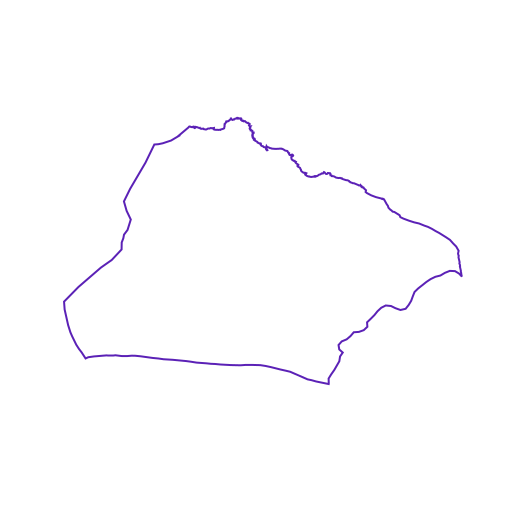 Brum Mayf'ah, Hadramawt, Yemen, rotated 257°
{"feature_id": "15242507B1280575170074", "entity_name": "Brum Mayf'ah", "entity_type": "district", "adm_level": 2, "iso_a3": "YEM", "parent_name": "Yemen", "parent_adm1": "Hadramawt", "projection": "natural_earth1", "projection_center": [48.863, 14.347], "detail": "fine", "context": "isolated", "style": "outline", "palette": "violet", "viewbox_px": 512, "rotation_deg": 257, "n_neighbors": 0, "source": "geoboundaries", "source_scale": "gbopen_adm2", "svg_char_len": 6066}
<svg xmlns="http://www.w3.org/2000/svg" viewBox="0 0 512 512"><g transform="rotate(257 256 256)"><path d="M114.9,298.0L115.4,298.2L120.3,299.2L123.8,302.7L127.4,306.7L134.7,313.5L139.2,315.3L142.4,318.8L146.2,316.1L150.7,316.4L153.5,320.3L154.4,325.6L156.8,330.2L159.7,334.1L158.9,339.2L159.5,344.3L162.0,348.6L166.4,349.3L168.9,353.5L171.8,358.1L174.8,361.9L177.4,366.4L178.6,371.3L176.9,376.3L173.8,380.1L170.9,384.6L170.9,389.9L173.9,393.7L177.4,397.1L181.4,399.7L185.3,402.4L187.9,406.7L192.4,416.2L194.2,420.9L195.4,426.1L195.5,431.3L197.1,436.3L197.9,441.5L196.5,446.5L193.2,449.9L189.6,452.0L190.8,451.9L192.5,452.0L193.3,452.1L195.1,452.1L195.6,452.3L199.9,452.3L200.2,452.6L201.7,452.7L202.1,452.6L203.1,452.5L204.1,453.0L209.1,453.0L210.8,453.6L211.5,453.4L212.9,453.4L215.5,454.6L220.2,453.2L223.9,450.9L228.1,448.6L231.6,445.3L237.3,439.6L239.9,436.6L242.9,433.5L245.7,430.1L247.7,426.9L251.0,422.2L253.2,417.7L256.0,413.0L259.3,408.0L261.4,405.4L263.4,405.1L267.8,400.7L268.5,399.1L270.0,398.2L270.9,397.3L273.3,395.9L275.2,395.8L277.1,395.0L282.4,393.5L282.6,392.8L282.8,392.6L283.2,392.6L283.4,392.3L283.2,391.8L283.4,391.4L283.7,391.3L286.4,386.1L289.2,381.9L292.4,378.2L293.7,377.2L295.3,378.0L298.5,375.8L298.7,376.0L298.9,375.8L299.0,374.9L299.8,374.2L300.3,374.1L300.5,374.5L300.8,374.3L301.1,373.9L301.7,373.7L301.3,373.1L301.7,372.0L302.0,371.8L304.8,367.9L305.2,366.6L305.8,365.9L306.6,364.5L307.0,364.4L307.5,363.7L308.1,363.6L308.5,363.0L308.9,362.7L309.2,362.2L309.6,360.9L311.7,357.4L312.1,357.0L312.4,357.1L312.7,356.5L312.7,356.1L313.2,355.5L313.4,353.9L314.4,351.6L315.7,350.3L316.2,349.6L316.8,347.8L317.4,347.8L317.7,347.5L317.9,346.7L319.1,346.7L319.4,347.0L320.0,346.8L320.7,344.7L320.3,344.4L320.0,343.7L320.1,342.9L320.5,342.4L322.1,341.6L322.5,341.1L321.3,339.7L321.7,338.5L321.1,337.3L321.0,335.5L320.3,334.1L320.0,332.0L320.5,332.0L320.7,331.2L320.6,330.7L320.2,330.4L320.4,329.7L320.6,327.5L321.4,325.7L321.7,325.5L321.7,324.9L322.8,323.4L324.3,322.2L324.8,322.3L325.4,322.7L325.1,323.5L325.3,323.7L325.8,323.0L326.2,322.2L326.5,320.9L327.3,320.3L327.9,319.7L329.0,319.1L330.1,319.2L330.6,318.9L331.6,318.8L332.0,318.7L332.8,317.9L333.7,316.9L334.3,316.6L334.6,316.7L334.8,317.3L335.2,317.8L336.1,317.2L336.8,316.4L337.5,315.9L338.2,315.5L338.8,316.0L339.1,315.4L340.0,315.1L340.1,314.3L340.3,314.0L340.8,313.9L341.2,313.1L342.3,312.5L344.0,312.5L344.3,312.7L344.7,312.8L345.0,313.4L344.9,313.9L345.1,314.4L345.4,314.7L345.7,314.5L346.2,314.6L346.7,314.1L346.7,313.6L346.6,312.0L346.8,311.6L347.4,311.2L348.3,311.2L348.8,311.0L349.0,310.9L349.1,311.2L349.4,311.0L349.5,310.7L349.9,310.5L350.6,310.4L351.2,310.2L351.5,309.7L351.6,309.3L352.3,308.0L353.7,306.7L354.8,305.2L354.7,305.0L354.9,304.4L355.2,303.9L355.4,302.1L356.0,299.0L357.1,295.5L357.6,294.9L358.1,293.7L358.8,293.0L359.6,291.8L359.8,291.3L360.6,291.0L359.5,290.5L358.9,290.4L357.8,290.5L356.6,290.9L356.5,290.5L357.3,290.0L357.9,289.8L359.0,289.8L359.7,289.9L360.0,289.0L360.4,288.0L361.4,287.5L361.7,286.7L362.5,285.9L363.0,285.9L363.4,285.6L363.7,285.9L364.5,286.0L364.9,285.3L364.8,285.0L365.0,284.5L365.7,283.6L366.2,283.0L366.9,283.0L368.8,280.8L369.2,280.6L369.5,280.8L369.7,280.2L370.2,280.4L370.4,280.3L370.5,280.4L371.0,280.0L371.1,280.3L371.3,280.0L371.3,279.8L371.5,279.8L371.6,280.0L372.3,280.0L372.7,279.8L372.8,279.5L373.6,279.8L373.8,279.4L374.1,279.4L374.6,279.9L374.9,280.1L375.4,279.9L375.7,280.4L375.9,280.3L376.0,280.4L376.0,280.7L376.3,281.0L376.3,281.3L376.6,281.4L376.6,280.9L376.8,280.4L377.5,280.3L378.2,280.7L378.9,280.6L379.0,280.3L379.0,280.1L379.3,279.5L379.5,279.7L379.8,279.6L379.6,279.3L379.7,279.2L380.4,278.8L380.7,278.9L380.8,278.7L381.3,278.5L381.7,278.5L382.6,279.4L383.0,279.3L383.4,279.7L383.4,279.1L383.6,278.9L384.7,279.0L384.9,278.7L386.0,279.6L386.4,279.4L386.8,278.6L387.5,278.2L387.4,277.7L388.0,277.1L388.2,276.7L388.5,276.6L388.9,276.2L389.9,275.6L390.1,274.8L389.9,274.4L390.2,274.0L390.5,274.0L390.6,273.5L390.9,273.5L391.1,272.6L391.8,272.4L392.3,272.5L392.3,272.1L393.2,272.3L393.2,272.0L393.8,271.5L393.8,271.2L393.7,271.0L393.6,270.9L393.6,270.3L394.0,270.1L394.2,269.9L394.2,269.5L394.6,269.4L394.7,269.0L394.9,268.7L394.8,268.4L394.2,268.3L394.5,267.4L394.5,266.5L394.0,265.7L393.9,265.4L394.2,265.0L394.0,264.2L393.8,263.9L394.0,263.5L394.7,262.8L395.1,262.6L395.3,262.7L395.7,262.6L395.7,262.4L394.9,262.1L394.6,261.5L394.6,261.2L394.1,260.5L394.1,260.2L393.6,259.5L393.6,259.0L393.7,258.9L393.5,258.2L393.5,257.6L393.8,257.5L393.8,257.2L392.9,256.9L391.6,255.0L391.2,255.0L390.9,255.1L390.5,254.7L389.2,254.5L389.0,254.3L387.6,253.7L387.5,253.4L387.3,252.5L387.2,250.2L386.9,249.8L387.1,249.5L387.3,247.7L387.7,246.7L387.9,245.5L388.4,244.1L389.0,243.2L389.3,243.1L389.5,243.2L389.9,243.7L390.2,243.8L390.2,243.7L390.4,241.6L390.8,241.0L390.9,240.4L390.6,239.5L391.0,238.0L390.5,236.2L390.5,235.6L391.2,234.0L391.4,233.7L391.8,233.5L391.7,233.2L391.9,233.1L392.3,231.9L392.2,231.2L392.8,230.4L393.1,230.1L393.5,230.1L393.5,229.8L393.9,228.7L394.5,228.1L395.4,226.2L394.7,225.8L394.7,225.6L394.4,225.1L394.5,224.8L394.8,224.7L395.5,225.1L395.8,224.2L396.1,224.2L396.1,223.8L395.8,223.7L395.8,223.3L395.9,222.7L396.1,222.5L396.2,222.0L396.5,221.4L397.1,220.7L397.1,219.9L396.4,219.0L390.3,207.1L390.2,207.3L387.6,199.2L387.2,194.7L386.8,190.5L386.9,186.0L387.5,182.0L371.8,169.3L349.8,148.5L338.9,139.6L329.1,140.1L319.7,142.2L310.3,136.7L306.5,132.2L303.1,130.7L299.4,128.2L292.6,126.5L284.6,114.6L279.6,102.3L265.8,76.1L254.7,58.7L246.9,57.5L230.9,57.4L223.4,58.0L219.1,58.8L210.0,60.9L205.3,62.6L201.1,64.5L194.5,66.9L195.1,69.8L194.6,75.5L192.8,87.9L192.3,89.5L191.1,94.8L190.9,96.7L188.8,102.4L187.5,107.8L186.8,112.6L185.9,116.1L184.2,121.1L179.9,132.4L178.1,137.8L176.2,142.7L173.6,151.5L169.3,164.4L167.8,168.4L165.5,174.1L162.6,183.5L161.1,187.8L160.0,191.8L158.2,197.2L155.4,206.9L153.0,216.3L152.3,220.8L151.0,226.7L148.7,235.6L146.7,240.6L144.4,245.5L140.0,254.1L137.5,259.3L135.5,263.3L124.2,278.5L122.5,282.2L120.2,286.4L114.9,298.0Z" fill="none" stroke="#5b21b6" stroke-width="2"/></g></svg>